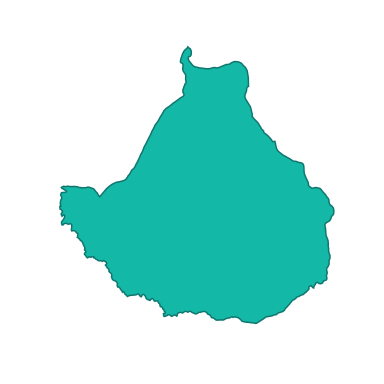 the district of District Autonome De Yamoussoukro, Lacs, Ivory Coast, rotated 167°
{"feature_id": "98640826B30232425959699", "entity_name": "District Autonome De Yamoussoukro", "entity_type": "district", "adm_level": 2, "iso_a3": "CIV", "parent_name": "Ivory Coast", "parent_adm1": "Lacs", "projection": "natural_earth1", "projection_center": [-5.252, 6.815], "detail": "fine", "context": "isolated", "style": "filled", "palette": "teal", "viewbox_px": 384, "rotation_deg": 167, "n_neighbors": 0, "source": "geoboundaries", "source_scale": "gbopen_adm2", "svg_char_len": 5932}
<svg xmlns="http://www.w3.org/2000/svg" viewBox="0 0 384 384"><g transform="rotate(167 192 192)"><path d="M316.2,226.5L318.3,225.8L318.0,224.9L316.8,224.0L315.6,222.6L314.8,222.1L314.1,221.3L314.2,220.6L315.0,220.2L318.9,220.7L319.5,220.6L320.7,218.6L320.1,216.4L320.4,214.9L321.6,213.8L322.6,211.5L323.0,210.1L322.8,208.0L323.4,207.5L324.0,207.7L324.4,204.9L323.2,204.2L322.6,201.8L324.0,200.6L324.5,199.9L324.1,197.6L323.2,198.0L322.1,198.8L321.5,198.1L321.5,196.7L322.9,194.7L325.6,192.4L326.0,191.7L326.1,190.9L326.1,189.2L325.2,188.9L323.4,190.0L321.7,189.9L320.4,188.7L319.2,188.4L317.7,188.5L316.9,187.8L316.6,186.8L317.4,183.9L318.1,182.2L317.9,181.1L316.0,181.0L314.7,180.3L314.3,179.8L313.8,178.2L312.6,177.3L313.0,175.5L314.0,173.6L313.4,173.2L312.7,172.0L311.9,171.1L311.8,170.2L311.4,169.6L310.6,169.0L310.2,168.2L309.6,164.5L309.0,162.5L309.3,160.1L309.8,159.7L308.9,158.6L308.9,157.6L310.5,156.4L310.8,155.6L309.7,153.3L309.1,151.8L308.5,151.3L306.7,152.0L305.8,151.5L305.4,151.1L304.8,151.1L304.1,151.5L302.7,151.2L302.2,150.8L302.6,150.1L301.4,149.2L300.6,148.0L299.4,147.2L299.1,146.5L298.4,146.0L295.9,145.4L294.9,144.5L293.4,145.1L292.2,143.7L291.4,143.1L291.1,141.6L291.5,141.0L292.8,140.3L292.6,139.6L292.1,139.2L291.7,137.2L291.2,136.7L290.5,135.5L290.4,134.3L290.8,133.6L290.5,132.7L289.1,130.8L288.9,130.1L288.8,129.1L289.0,128.5L289.5,127.6L289.3,125.2L288.9,124.3L288.3,123.6L286.4,122.3L285.6,120.9L285.2,119.3L286.0,117.8L285.7,116.2L285.4,116.3L284.6,115.7L283.7,114.2L283.2,112.6L282.5,111.3L282.3,110.0L281.2,110.3L280.6,109.4L280.5,108.2L280.1,107.3L279.4,106.8L279.3,106.2L278.4,104.7L276.8,105.2L276.0,105.0L275.3,105.3L274.4,104.9L273.0,104.9L272.3,104.6L270.7,104.6L269.8,104.3L268.2,104.9L267.3,104.7L266.8,104.3L266.3,102.7L265.2,101.3L264.5,101.8L263.9,102.8L262.9,103.1L262.4,103.0L261.7,102.6L261.0,101.5L260.8,99.5L260.4,98.2L259.5,97.2L259.0,97.1L258.4,96.7L258.0,96.0L257.2,95.9L255.2,97.2L254.6,97.1L254.2,96.7L253.8,95.9L253.2,94.2L252.2,93.8L250.9,93.9L249.8,93.6L249.7,91.8L248.5,89.8L248.8,88.1L248.5,87.3L247.1,86.8L246.8,86.0L246.8,84.6L246.4,84.3L246.0,83.8L245.9,82.2L245.3,81.8L245.1,80.7L245.7,79.9L246.8,80.1L247.3,79.8L247.2,79.1L247.5,77.5L246.9,76.9L244.0,77.2L243.2,77.6L242.1,77.7L241.6,77.5L240.3,75.9L239.6,75.3L238.8,75.7L236.9,76.2L236.4,76.1L234.7,74.5L234.1,75.2L233.7,76.2L233.2,77.0L232.2,77.3L230.6,77.3L229.8,77.2L228.7,76.3L228.1,76.3L226.3,77.1L225.2,77.2L224.6,77.0L223.0,75.8L220.8,76.4L219.9,75.7L218.9,74.4L217.5,73.6L216.5,72.7L215.7,72.3L214.4,72.4L212.4,73.2L211.1,72.9L208.3,73.1L206.5,72.7L205.8,72.3L204.9,71.3L204.1,69.5L203.7,69.1L202.7,68.6L202.2,68.0L201.7,67.1L201.2,65.3L199.2,64.2L197.5,62.0L195.9,61.3L194.8,61.3L190.0,60.2L187.5,61.0L185.3,61.1L183.0,60.9L181.9,61.4L181.0,61.3L180.3,60.6L179.8,60.8L178.3,60.6L175.3,59.2L173.4,56.9L172.4,54.9L171.9,54.5L167.9,52.7L166.6,52.5L164.9,51.7L161.3,50.5L160.0,49.8L158.7,49.6L150.7,52.4L148.7,53.4L147.5,53.6L141.7,53.3L140.0,53.8L137.4,53.5L135.5,54.7L130.4,55.1L128.2,56.2L127.3,57.6L125.6,58.3L124.5,59.4L123.6,59.8L118.2,64.0L117.0,64.1L115.7,64.7L115.1,64.7L114.0,65.7L113.1,66.1L110.8,66.3L109.5,66.9L106.7,67.1L104.2,68.5L103.0,68.9L102.1,69.7L100.3,70.7L99.7,71.6L99.6,72.8L98.9,73.7L96.8,73.8L96.4,72.7L95.9,71.9L95.4,71.2L94.9,71.1L94.6,72.4L91.0,75.9L90.2,75.8L88.6,74.1L87.4,73.7L86.4,73.7L85.2,74.0L83.8,75.8L81.3,75.9L80.4,76.6L79.9,77.7L79.9,80.2L78.4,82.8L78.3,86.4L77.7,87.5L76.3,88.7L74.7,90.8L73.8,94.5L72.6,96.1L71.8,99.2L72.2,101.3L72.2,103.5L71.6,106.3L71.4,109.0L70.9,110.5L70.4,113.9L70.5,115.5L71.1,119.0L71.1,120.1L70.1,126.6L70.1,128.2L69.8,130.6L68.0,131.9L64.5,132.9L62.9,134.5L61.7,136.5L60.7,137.5L59.4,138.2L58.6,139.6L57.9,142.2L57.9,144.6L58.9,146.9L60.2,148.3L60.7,149.5L60.8,150.6L60.4,153.7L60.8,155.3L61.7,156.9L62.5,159.3L64.5,162.8L65.9,165.9L66.9,166.9L70.0,168.4L70.9,168.6L73.5,168.5L74.1,168.8L75.0,169.5L76.4,171.0L76.9,172.3L76.9,173.1L76.7,174.1L76.7,175.4L77.9,181.0L78.4,184.5L78.3,186.1L77.2,192.3L77.4,193.8L77.7,194.6L78.1,195.2L79.5,196.1L81.7,197.0L83.8,198.5L85.9,199.1L86.7,199.6L88.9,202.0L95.1,207.6L98.6,212.0L99.5,213.9L99.9,216.1L99.8,222.7L102.1,222.9L103.3,226.0L105.4,229.8L107.2,232.1L108.3,233.2L108.6,234.1L108.5,235.5L109.7,237.0L112.2,244.7L115.0,249.2L116.3,251.9L115.8,254.6L115.9,261.8L118.7,270.1L119.1,271.7L119.0,272.6L118.9,273.5L118.4,274.9L116.3,278.0L115.0,281.5L113.9,282.3L113.2,282.1L111.4,290.8L111.0,297.5L111.1,298.5L111.9,301.3L113.7,303.9L114.3,305.4L115.1,306.5L116.6,307.8L118.6,308.8L121.5,309.6L124.7,309.0L127.0,308.1L130.2,308.5L137.3,307.3L139.6,307.2L142.3,308.3L143.1,308.4L147.2,308.2L149.4,308.6L157.5,311.5L158.2,312.0L161.1,313.4L162.6,314.7L165.3,320.3L165.7,322.0L165.6,323.0L164.9,324.5L163.1,324.7L162.4,325.3L161.9,326.1L161.2,328.4L161.1,330.2L161.3,331.2L161.5,331.9L162.8,333.3L163.4,334.4L164.6,333.1L166.9,332.0L168.3,330.9L170.2,328.6L173.0,324.0L173.8,322.3L174.0,321.2L173.6,320.3L172.9,319.9L172.3,319.3L172.1,318.6L172.2,317.3L173.4,314.1L173.4,311.8L172.1,308.5L171.9,307.1L172.1,305.9L172.6,304.4L172.9,303.0L173.0,300.6L173.2,299.9L174.6,298.7L175.4,297.2L176.3,296.3L176.7,295.3L177.7,294.0L178.1,292.9L178.1,291.9L178.4,291.3L177.8,288.9L178.3,287.8L179.1,287.2L182.6,286.1L185.1,284.9L190.8,282.6L194.3,280.8L198.3,279.3L200.8,277.7L204.5,273.7L205.8,272.5L209.1,268.7L211.9,266.4L213.4,264.9L214.6,263.2L216.9,260.7L220.3,256.2L221.4,255.0L226.2,249.2L228.3,246.9L231.4,242.3L233.7,239.9L234.7,238.3L238.4,233.6L240.2,231.7L241.8,229.5L243.5,228.0L245.8,226.8L248.5,223.7L250.8,222.0L251.5,221.0L252.1,220.6L253.4,219.3L255.8,218.5L260.2,218.3L263.4,218.5L267.8,217.6L271.3,216.2L274.5,214.5L283.0,208.1L284.1,210.4L284.6,212.4L285.6,214.0L286.8,216.7L287.3,217.3L289.5,218.8L291.7,220.0L292.7,220.2L294.9,220.1L297.3,220.6L300.8,221.8L302.6,222.9L305.1,223.8L309.2,224.6L311.7,225.6L313.9,225.7L316.2,226.5Z" fill="#14b8a6" stroke="#0f766e" stroke-width="1.5"/></g></svg>